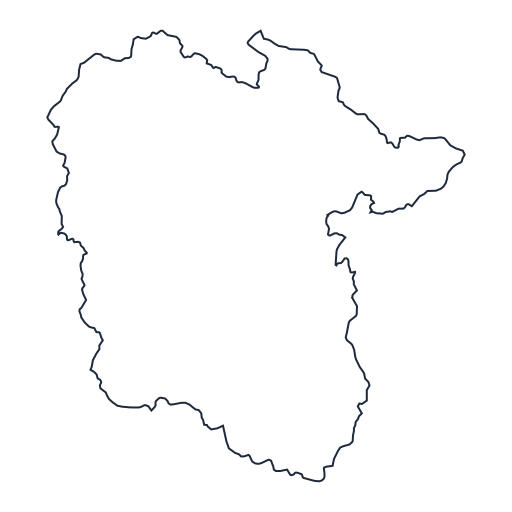 Khanh Vinh, Khánh Hòa, Vietnam (Albers equal-area conic projection)
{"feature_id": "81297802B87924827202169", "entity_name": "Khanh Vinh", "entity_type": "district", "adm_level": 2, "iso_a3": "VNM", "parent_name": "Vietnam", "parent_adm1": "Khánh Hòa", "projection": "albers", "projection_center": [108.858, 12.296], "detail": "fine", "context": "isolated", "style": "outline", "palette": "slate", "viewbox_px": 512, "rotation_deg": 0, "n_neighbors": 0, "source": "geoboundaries", "source_scale": "gbopen_adm2", "svg_char_len": 5879}
<svg xmlns="http://www.w3.org/2000/svg" viewBox="0 0 512 512"><path d="M173.0,404.4L181.4,402.8L185.5,402.8L189.3,404.5L195.4,409.4L198.7,410.1L201.3,413.4L201.7,417.6L203.1,420.0L204.2,424.8L206.9,425.0L207.6,426.4L211.2,429.4L217.4,428.3L223.0,425.7L226.4,441.3L228.9,448.4L235.1,452.9L239.2,454.4L241.0,456.4L244.0,456.4L248.5,454.9L249.6,455.9L252.2,461.5L255.0,463.3L257.0,463.7L258.8,463.8L261.4,463.1L268.3,459.8L269.3,459.8L271.1,460.7L273.4,467.0L273.8,469.5L275.9,471.0L280.2,471.0L287.1,469.6L289.6,473.8L290.6,475.0L291.3,475.2L293.6,474.5L295.2,472.7L297.4,472.7L301.3,474.1L302.0,474.7L302.7,477.1L303.4,477.9L314.6,480.9L319.2,481.3L322.0,480.4L323.8,478.6L324.5,476.7L324.4,472.3L323.8,468.2L324.1,467.6L326.3,466.7L332.6,465.8L334.0,458.9L338.0,450.9L340.2,447.6L343.0,446.3L349.4,444.5L352.2,442.0L352.7,441.0L353.0,435.3L353.9,431.3L353.9,428.2L355.3,425.3L355.6,422.2L358.1,418.9L358.9,416.3L361.8,413.4L357.8,406.4L359.4,403.5L361.8,404.0L366.8,400.6L366.8,390.1L369.5,385.5L368.4,382.0L365.1,378.6L364.1,373.5L363.4,372.1L359.8,367.1L356.3,359.9L355.3,357.1L354.2,349.9L352.3,345.1L351.5,344.0L347.0,340.3L345.7,337.4L346.8,333.1L348.8,322.4L349.9,320.7L356.0,315.9L356.7,314.3L357.0,306.2L352.1,297.6L352.5,297.3L352.4,295.7L352.9,294.7L356.9,290.4L353.8,284.3L353.8,281.1L352.7,278.7L353.1,276.7L354.9,273.3L354.9,271.8L352.6,272.4L350.8,272.4L350.4,271.9L349.8,268.7L348.6,265.5L348.4,260.6L347.7,259.0L346.5,258.3L344.6,258.5L342.5,261.6L341.0,263.0L337.8,263.4L337.0,264.0L336.4,265.4L335.6,264.9L336.5,251.4L337.0,249.3L339.2,245.2L345.3,237.4L342.1,235.1L339.2,234.6L337.0,233.3L334.5,233.3L330.3,235.5L329.0,235.4L328.0,234.5L329.0,228.7L328.4,226.7L326.5,223.9L326.1,221.2L326.6,217.8L328.1,215.7L327.4,215.0L331.9,212.2L334.1,211.3L335.9,211.3L341.4,213.3L344.3,212.8L349.9,210.3L352.1,207.6L357.5,194.6L361.5,191.7L362.6,192.4L364.8,194.9L370.2,195.4L371.2,196.2L370.9,199.6L373.4,201.7L374.0,203.0L371.4,204.2L370.2,206.1L370.2,208.1L371.7,210.1L370.5,212.3L372.8,211.7L376.1,213.2L382.9,213.7L385.8,212.0L390.3,211.3L392.1,212.0L398.5,208.7L403.5,208.6L405.0,207.3L406.3,204.9L407.6,204.2L408.8,204.3L411.8,206.2L419.6,196.4L424.3,193.9L427.4,191.0L436.0,190.7L441.1,188.6L443.6,186.4L445.8,183.0L447.1,178.5L447.5,174.5L448.8,171.7L452.4,167.5L454.2,166.0L456.9,164.2L460.5,162.6L461.7,161.4L462.7,158.1L464.7,154.6L462.8,150.7L455.9,148.4L450.3,145.3L445.3,139.1L444.3,138.2L441.9,137.5L439.7,137.4L435.0,138.1L424.1,138.3L419.4,140.2L416.6,139.5L409.2,136.0L407.0,135.8L405.0,137.7L400.6,137.9L399.9,138.3L399.8,141.4L398.4,145.3L398.8,146.6L397.8,147.8L395.2,147.5L394.4,146.9L392.4,143.6L390.8,142.3L387.7,143.1L387.2,142.8L386.3,138.0L385.3,135.7L384.3,134.7L380.8,133.7L379.4,132.9L378.2,128.9L373.5,123.8L368.2,119.0L366.5,115.8L365.5,114.7L364.3,114.1L357.5,114.3L356.1,113.7L350.7,109.5L345.3,106.2L344.1,105.0L342.8,102.3L338.8,101.2L337.7,98.5L337.6,96.8L338.5,90.7L339.3,89.1L339.7,87.2L337.0,78.0L335.0,76.7L321.7,72.1L320.3,69.8L320.6,68.3L321.7,66.0L321.6,65.3L317.9,61.5L314.3,54.5L313.5,53.8L310.3,52.9L307.9,50.4L304.8,49.8L290.3,49.2L289.0,48.8L286.2,47.1L278.7,46.0L275.1,44.0L270.5,40.7L268.3,39.7L263.8,38.7L260.6,30.8L256.0,33.5L254.1,35.1L248.0,41.7L247.6,43.0L248.6,44.7L258.4,52.0L265.3,55.9L267.5,58.7L267.6,60.5L266.4,63.3L265.4,68.6L264.2,69.9L260.4,71.3L259.1,72.4L258.6,74.4L258.5,80.0L256.9,83.5L256.8,84.3L259.0,86.8L258.8,87.5L257.9,87.8L254.4,87.8L252.4,87.0L245.8,83.4L242.4,82.1L238.4,82.4L237.5,82.0L236.4,80.5L235.5,77.6L234.3,76.7L232.4,76.5L229.1,77.2L226.1,76.5L221.9,73.1L221.5,72.4L221.7,70.3L220.9,69.0L219.8,68.3L215.5,66.9L213.8,68.0L213.1,67.8L211.2,65.0L206.7,63.4L207.2,60.2L206.2,58.8L202.4,55.8L199.2,54.2L194.8,53.2L193.2,54.3L191.5,56.3L190.3,57.0L187.6,56.5L185.4,57.4L184.6,57.4L183.8,56.9L180.5,51.9L180.6,50.3L182.4,47.2L182.4,45.8L179.9,43.2L179.6,40.9L179.0,39.5L177.0,37.4L176.0,36.8L167.5,35.1L162.5,30.7L160.6,30.8L156.9,33.8L155.5,33.6L153.7,32.6L152.6,32.6L152.1,32.9L150.9,35.8L150.2,36.4L145.9,38.7L141.0,38.1L137.7,36.7L133.6,39.3L132.9,44.3L131.5,49.1L131.2,55.6L130.8,56.8L128.8,58.0L125.0,58.2L120.8,60.9L116.1,60.7L110.8,59.3L108.7,57.9L104.4,57.3L103.3,56.8L100.9,54.5L96.2,53.7L94.2,54.6L84.1,62.7L80.5,64.1L79.1,69.7L78.6,76.8L77.8,78.5L76.7,80.2L72.2,83.6L66.9,88.9L65.6,91.8L62.7,95.7L60.8,100.5L59.8,101.7L54.0,106.2L51.0,109.6L47.3,117.4L48.5,119.8L53.3,124.7L54.4,126.6L54.9,126.9L58.0,126.7L58.9,127.2L57.1,134.6L54.6,138.8L52.4,141.1L52.4,142.2L52.9,144.4L56.6,151.6L59.8,153.5L63.7,154.4L65.2,155.6L65.6,157.4L64.6,162.8L63.1,165.6L63.9,166.7L67.3,168.5L68.9,173.0L67.1,176.0L67.2,180.3L66.0,184.2L64.4,185.7L61.9,186.4L60.2,187.6L58.0,192.1L56.3,199.4L56.1,201.7L56.6,203.8L58.0,207.2L59.3,209.0L59.7,211.0L61.8,216.0L61.6,224.0L63.1,226.9L61.8,228.7L58.4,231.4L58.1,233.9L58.5,234.6L60.2,233.0L60.9,232.8L64.0,233.4L65.4,234.3L66.7,236.0L67.1,239.6L67.7,240.2L68.6,240.2L71.7,238.8L72.6,238.8L73.4,239.4L73.7,241.4L74.3,242.2L78.4,241.8L80.0,242.6L80.9,245.6L83.7,248.2L84.7,250.6L86.7,252.6L86.7,253.4L83.6,254.8L83.1,255.8L83.0,258.8L82.0,261.5L80.8,262.9L80.5,265.7L81.3,270.7L82.7,274.1L82.3,277.2L81.6,278.4L81.6,279.1L84.5,285.1L84.4,285.7L82.5,288.1L82.0,289.4L83.2,293.8L86.1,300.0L81.3,308.0L79.7,309.3L79.4,311.1L80.9,315.2L81.3,317.5L84.9,322.7L88.9,326.5L90.7,327.3L94.3,328.1L96.4,332.1L99.1,332.3L99.9,333.1L101.3,337.5L102.8,340.3L99.3,345.5L99.4,349.2L96.3,353.7L92.9,360.2L91.7,366.9L90.5,369.8L93.9,371.8L95.9,373.7L96.7,374.7L97.6,378.3L100.0,379.8L100.8,380.8L101.2,382.5L99.9,385.3L100.4,388.3L105.7,392.4L107.6,396.7L109.1,399.1L112.7,402.4L117.4,405.7L122.2,406.7L130.1,407.4L138.0,407.5L140.3,407.2L144.4,405.2L145.6,405.2L148.3,406.2L151.4,410.5L154.7,407.0L155.6,405.2L155.5,402.1L156.1,400.9L159.3,398.0L160.6,397.7L165.1,398.5L167.5,400.9L168.5,403.3L170.6,404.6L173.0,404.4Z" fill="none" stroke="#1e293b" stroke-width="2"/></svg>